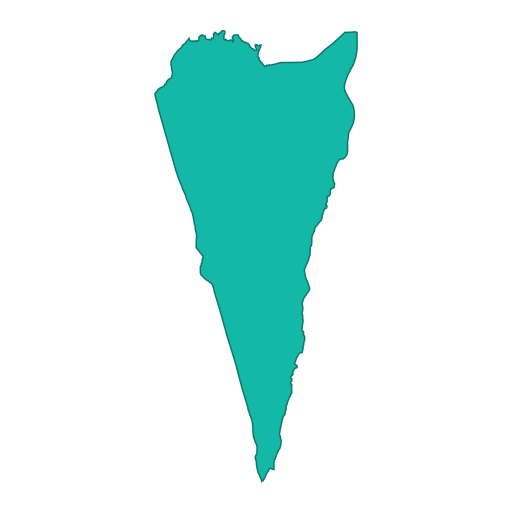 Be'er Sheva, HaDarom, Israel
{"feature_id": "584046B9730835639199", "entity_name": "Be'er Sheva", "entity_type": "district", "adm_level": 2, "iso_a3": "ISR", "parent_name": "Israel", "parent_adm1": "HaDarom", "projection": "equal_earth", "projection_center": [34.955, 30.496], "detail": "fine", "context": "isolated", "style": "filled", "palette": "teal", "viewbox_px": 512, "rotation_deg": 0, "n_neighbors": 0, "source": "geoboundaries", "source_scale": "gbopen_adm2", "svg_char_len": 5927}
<svg xmlns="http://www.w3.org/2000/svg" viewBox="0 0 512 512"><path d="M261.0,45.0L259.0,45.5L257.7,45.5L256.9,44.7L255.7,44.7L255.2,45.2L255.2,45.8L255.7,47.7L256.5,48.8L256.5,50.2L256.3,50.5L254.7,50.3L252.9,48.7L251.7,48.5L251.4,47.9L250.6,47.3L249.6,45.9L249.4,45.1L249.0,44.7L248.8,44.0L247.5,43.4L246.7,42.7L245.1,42.6L244.3,41.9L243.0,41.4L242.4,40.8L241.3,40.4L240.7,38.8L238.8,36.8L238.2,35.0L234.3,35.0L233.6,35.4L232.5,36.6L232.4,37.9L233.3,39.5L233.5,40.6L233.5,41.3L233.1,41.8L232.7,41.8L231.9,40.2L231.1,39.9L230.2,39.9L229.8,40.8L228.3,40.9L227.2,40.6L225.8,39.3L225.5,39.3L224.9,40.0L224.4,39.8L224.1,39.7L223.9,38.8L223.9,37.0L224.1,34.7L224.8,33.9L224.8,31.6L224.7,31.1L224.3,30.9L222.8,30.7L221.6,31.1L221.2,32.1L220.6,32.2L220.2,33.0L218.8,33.4L218.6,34.8L217.9,34.9L217.3,34.0L215.6,32.7L214.8,32.3L214.5,32.5L214.0,33.7L213.5,34.0L213.7,35.9L213.7,37.4L213.2,38.6L212.0,38.1L211.6,38.1L211.3,39.9L210.7,40.0L209.7,39.3L208.2,39.7L205.8,38.9L205.4,38.4L205.4,36.6L205.0,35.9L203.6,35.8L202.6,35.0L201.8,34.9L200.0,36.0L199.7,36.6L199.3,36.8L198.9,37.3L199.1,39.8L197.3,41.3L196.3,40.8L195.6,40.8L194.8,41.5L194.3,41.5L193.8,41.0L193.2,40.9L192.1,41.4L189.8,40.5L189.0,38.3L188.5,39.2L186.3,41.7L185.5,43.1L182.5,45.3L181.7,47.1L181.1,47.9L180.0,48.6L178.5,50.2L177.5,50.8L177.1,51.6L175.0,54.3L174.4,54.8L174.1,55.9L172.5,58.5L172.4,59.4L171.6,60.1L171.0,62.1L171.1,65.6L171.7,67.6L171.6,69.8L172.4,71.2L172.4,73.7L172.3,75.0L171.6,76.5L171.4,77.6L171.0,78.2L168.3,79.6L168.0,80.2L167.5,80.5L166.7,81.7L166.1,83.4L164.8,84.4L163.8,86.0L162.7,86.9L161.1,87.4L160.4,88.1L159.9,88.1L159.2,88.9L158.2,89.3L157.2,91.0L155.9,92.2L154.9,93.7L155.5,97.3L157.0,102.6L158.5,109.2L176.4,172.2L179.8,181.7L181.0,184.2L183.0,189.8L185.5,195.0L186.4,198.4L189.8,206.4L191.1,210.4L192.4,213.2L194.1,221.4L194.5,224.3L195.1,226.1L195.3,229.3L196.3,233.4L196.6,234.3L196.1,247.0L196.5,248.1L199.3,251.3L199.7,252.3L201.2,253.6L201.7,254.6L202.7,255.4L202.9,255.9L203.0,257.9L202.8,258.6L202.3,259.1L202.1,260.3L202.3,261.9L201.9,262.9L201.4,263.3L201.2,265.3L200.3,266.7L200.4,273.4L201.2,274.6L201.4,275.4L203.2,276.7L204.5,278.5L205.6,279.1L207.2,280.6L208.5,281.0L210.0,282.6L210.7,282.7L211.7,283.7L212.4,284.9L212.7,286.1L213.4,287.4L214.4,291.9L221.1,314.3L227.2,336.4L235.2,362.2L241.8,387.2L247.7,407.1L248.2,409.8L250.6,416.7L251.2,417.9L251.5,419.3L252.1,420.5L252.9,427.9L253.0,432.1L253.5,436.7L255.3,442.2L256.3,444.1L257.1,446.9L256.9,453.7L256.1,454.9L255.1,457.4L256.3,461.3L256.4,464.2L257.5,470.4L258.1,472.5L259.6,475.4L261.8,481.3L262.0,480.9L263.2,480.5L265.7,476.0L266.0,474.4L268.3,471.1L269.0,469.3L270.0,468.2L273.9,469.6L273.9,462.3L274.3,460.2L275.0,459.3L275.4,457.8L275.8,457.1L276.7,454.5L277.1,453.1L278.3,450.8L278.5,449.8L279.5,449.1L279.9,448.1L280.9,444.4L281.1,441.2L281.0,439.9L280.5,438.8L280.3,436.2L279.5,435.1L279.6,433.1L280.3,428.7L280.9,426.6L281.1,424.3L281.8,422.6L282.3,419.0L282.7,418.8L282.8,417.4L283.1,416.6L283.6,416.2L284.2,415.2L284.6,415.0L285.1,413.8L285.6,410.5L286.2,409.0L285.9,407.3L286.4,405.4L286.7,404.7L287.1,404.4L287.3,402.6L287.9,401.3L288.3,400.0L288.7,399.5L288.9,398.0L290.4,396.0L290.6,395.3L290.5,394.3L291.5,393.5L291.7,392.9L291.8,391.7L291.6,389.8L291.8,384.8L291.5,384.2L290.9,383.9L290.6,383.3L290.7,382.2L291.7,380.8L291.9,379.8L291.7,378.7L290.6,378.0L290.6,377.1L290.8,376.4L291.4,376.2L291.7,375.4L292.6,375.1L292.9,374.5L293.0,373.8L292.5,373.1L292.6,372.5L294.4,368.7L295.8,367.9L296.7,367.8L297.2,367.2L297.2,366.4L296.7,365.4L296.1,365.1L295.9,364.6L295.0,364.3L294.7,363.6L294.8,362.8L296.9,357.1L297.2,357.0L297.7,356.0L299.4,353.2L299.8,352.9L302.3,352.5L302.5,350.6L303.2,347.9L302.6,347.2L303.6,345.4L303.9,342.1L304.8,339.2L304.5,338.1L304.7,336.8L304.1,335.5L303.2,334.8L303.2,334.4L303.6,333.7L303.5,331.9L303.0,331.7L302.7,330.9L302.0,330.5L301.9,329.4L303.1,320.6L303.1,319.9L302.6,318.5L302.8,317.1L302.6,315.4L302.0,313.3L302.0,311.9L302.2,311.4L302.6,311.1L302.9,308.5L302.2,303.2L302.7,302.0L302.7,300.7L303.0,300.1L303.5,299.6L303.8,298.2L307.4,293.1L309.6,289.6L309.7,288.9L309.2,286.5L305.4,276.6L305.0,273.6L304.5,272.3L304.5,268.7L305.8,266.4L306.1,265.0L306.9,263.7L307.8,261.5L307.9,260.9L308.5,260.2L308.8,258.3L310.0,255.2L310.2,248.3L310.5,246.6L311.2,246.0L311.7,243.9L311.8,237.5L312.3,235.4L314.4,230.9L314.7,228.6L315.6,226.9L317.8,224.4L318.3,223.2L318.7,223.2L319.0,222.4L319.5,222.2L319.9,221.4L320.5,221.1L321.3,220.0L322.3,217.1L321.8,216.0L322.9,214.3L322.8,213.4L323.3,212.1L323.6,211.9L323.9,209.9L324.1,209.4L324.6,209.2L324.7,208.5L325.0,208.2L326.2,208.2L326.7,207.9L326.9,205.7L326.6,205.7L325.6,205.0L325.7,204.4L326.0,204.4L326.4,203.7L326.4,203.1L327.1,201.7L327.2,196.6L328.0,196.6L328.3,196.0L329.4,195.7L329.9,194.6L330.2,193.9L330.4,189.9L330.7,189.5L331.7,188.8L332.1,188.1L333.7,187.8L334.0,187.5L334.7,183.9L333.9,182.4L332.9,178.5L333.2,172.7L334.0,171.0L334.4,169.6L334.7,169.3L335.0,167.8L335.7,166.7L336.4,164.5L337.8,161.8L339.3,159.8L340.2,159.1L343.5,158.8L344.4,157.8L345.2,157.2L347.2,153.9L347.6,150.2L347.5,142.5L347.6,140.9L348.3,137.6L348.4,134.1L348.8,132.5L351.7,126.7L352.8,124.3L353.3,122.5L354.2,118.9L354.4,115.0L354.3,111.9L353.4,106.8L352.7,104.9L348.0,97.0L346.1,93.1L345.4,92.2L344.3,88.2L344.4,86.3L345.3,81.7L347.7,74.9L351.7,67.5L352.7,66.1L354.6,61.0L355.7,57.4L356.6,52.6L357.1,48.3L357.0,38.7L357.1,33.1L357.0,32.4L355.4,31.9L346.8,32.4L345.8,32.2L345.0,32.3L333.0,43.4L324.7,49.8L321.5,53.0L315.7,58.1L313.3,59.6L309.1,60.6L306.6,61.5L304.6,61.6L302.8,62.3L280.2,62.6L279.0,63.2L277.3,63.2L275.7,64.1L273.3,64.4L271.3,65.1L269.0,64.9L267.3,65.6L266.5,65.3L266.2,66.1L265.7,66.4L265.2,66.4L262.7,64.5L262.5,63.6L261.7,62.6L260.9,62.1L260.1,61.1L260.0,60.5L259.4,60.3L259.2,60.0L259.1,58.0L258.3,57.0L257.8,55.8L258.3,52.2L258.5,51.7L258.9,51.4L259.1,49.8L259.8,49.2L259.9,48.3L260.4,47.3L261.0,45.0Z" fill="#14b8a6" stroke="#0f766e" stroke-width="1.5"/></svg>